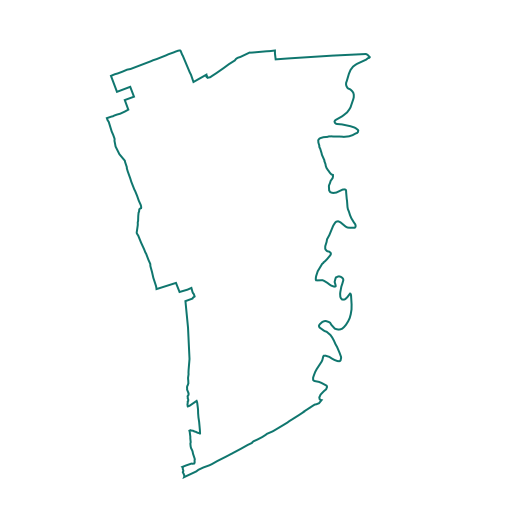 Lunca Banului, Vaslui, Romania, rotated 354°
{"feature_id": "2599482B76490763742626", "entity_name": "Lunca Banului", "entity_type": "district", "adm_level": 2, "iso_a3": "ROU", "parent_name": "Romania", "parent_adm1": "Vaslui", "projection": "albers", "projection_center": [28.188, 46.546], "detail": "fine", "context": "isolated", "style": "outline", "palette": "teal", "viewbox_px": 512, "rotation_deg": 354, "n_neighbors": 0, "source": "geoboundaries", "source_scale": "gbopen_adm2", "svg_char_len": 6077}
<svg xmlns="http://www.w3.org/2000/svg" viewBox="0 0 512 512"><g transform="rotate(354 256 256)"><path d="M306.1,406.2L305.2,405.9L304.7,405.5L304.3,404.9L304.2,403.1L304.6,402.6L305.6,400.8L306.3,400.1L309.4,397.5L311.8,395.9L312.9,393.8L312.9,393.0L312.6,392.3L307.9,389.1L305.5,387.8L301.0,386.4L300.4,385.9L299.9,385.3L300.0,383.7L300.1,382.9L301.4,380.1L302.8,377.4L304.5,374.9L310.3,367.8L311.1,366.4L312.4,362.9L313.0,362.3L314.7,362.4L318.4,364.0L320.7,365.9L323.2,367.6L326.0,369.0L327.5,369.3L328.3,369.3L328.8,369.0L329.2,368.6L330.0,366.2L330.0,365.1L329.0,361.1L327.1,354.9L325.9,352.2L324.6,348.2L323.3,345.1L321.8,342.4L318.3,338.7L316.9,338.1L315.7,337.3L312.0,334.0L311.7,333.7L311.4,332.9L311.3,332.1L311.6,331.4L312.6,330.3L315.1,328.5L316.9,328.0L318.2,327.9L319.0,328.1L321.4,329.2L322.7,330.1L323.8,332.4L326.8,336.5L328.4,337.2L330.3,337.8L332.1,337.8L334.1,337.3L336.2,335.8L338.3,333.8L340.8,330.6L342.7,327.5L344.1,323.9L345.4,319.2L346.0,314.3L346.4,305.3L346.3,304.1L345.9,303.3L345.6,303.2L342.5,306.5L340.3,308.2L339.4,308.5L338.5,308.5L337.1,308.3L336.1,307.0L335.8,306.2L335.6,305.3L335.7,302.5L336.1,300.6L337.7,295.3L338.9,292.7L340.3,289.2L340.3,288.2L340.1,287.6L339.5,286.7L338.2,285.6L336.4,284.9L335.4,285.0L333.2,285.7L332.5,287.2L331.5,290.0L332.1,293.3L332.1,294.3L331.9,294.5L331.2,294.7L330.2,294.5L327.7,293.3L326.2,292.1L324.2,290.2L321.2,287.9L319.6,287.0L314.7,286.7L313.2,286.4L313.1,286.1L313.0,285.4L313.3,283.7L313.7,282.3L315.8,277.6L321.0,270.7L322.2,270.0L322.5,269.4L324.0,268.5L326.3,266.6L329.8,263.2L330.5,262.3L330.7,261.4L330.5,260.6L329.2,259.3L327.6,258.8L326.9,258.3L325.9,256.9L325.6,256.0L325.9,253.5L327.7,249.3L328.4,246.8L331.1,242.9L335.8,234.2L336.8,232.8L338.4,230.9L339.3,230.3L340.4,230.1L341.4,230.1L342.5,230.7L343.6,231.4L348.2,236.1L349.7,237.1L350.5,237.4L352.9,237.8L357.1,238.2L357.6,237.9L358.0,237.3L358.2,236.7L358.2,235.7L357.9,234.6L356.9,232.9L354.8,228.5L353.8,225.3L353.0,221.4L352.3,219.1L352.1,216.9L352.3,210.4L352.2,208.8L352.3,202.4L352.4,200.6L352.3,199.8L351.6,199.2L350.9,199.0L349.1,199.0L342.5,201.3L339.4,201.4L337.5,200.8L336.4,200.1L335.6,198.4L335.8,194.2L336.0,193.4L337.2,191.2L338.1,189.1L340.3,186.6L340.6,185.8L340.9,184.8L341.0,183.4L339.6,182.8L338.7,181.7L337.9,180.5L337.3,179.3L336.4,177.9L335.3,175.7L335.1,174.9L334.8,173.6L334.7,171.9L333.9,168.7L334.0,168.0L332.1,162.1L332.0,160.8L331.0,155.7L330.5,154.7L330.4,153.8L330.5,152.9L329.9,149.7L330.0,147.4L330.5,146.7L331.5,145.8L332.8,145.4L335.5,144.9L339.5,145.0L340.8,144.7L343.7,144.9L344.4,145.1L346.5,145.4L351.4,145.9L354.0,146.3L355.7,146.7L361.0,146.7L364.7,145.9L367.8,144.6L369.4,144.2L370.3,143.4L370.8,141.9L370.5,141.2L368.5,139.3L367.3,138.5L363.5,136.8L355.2,134.1L350.4,133.2L349.5,132.9L348.5,131.9L348.2,130.9L348.2,130.3L349.0,129.3L350.2,128.7L356.0,126.2L357.9,125.1L361.6,122.7L364.0,120.1L365.5,118.1L369.1,110.3L369.8,108.4L370.0,106.8L370.1,105.7L369.8,103.8L369.0,102.3L367.7,100.7L366.8,99.9L365.4,99.2L364.7,98.6L364.0,97.2L363.6,96.0L363.5,94.5L363.8,93.0L364.6,91.4L366.7,86.3L367.5,84.4L369.5,80.8L372.3,77.8L375.0,76.2L376.7,75.4L386.1,72.2L387.9,71.0L389.4,70.7L389.9,70.1L387.9,67.5L386.4,66.6L352.8,64.7L309.0,62.9L296.1,62.5L296.0,56.7L296.3,53.6L291.6,53.7L287.6,53.5L274.0,53.3L271.9,53.2L270.9,53.0L261.3,56.4L258.8,56.9L257.4,57.5L256.5,58.1L255.4,59.3L249.1,62.4L243.5,65.7L235.7,70.0L230.8,72.5L229.2,73.4L226.5,73.7L226.1,72.2L225.5,72.5L225.2,71.8L225.6,71.5L225.6,70.5L212.0,76.4L210.3,69.0L209.3,66.4L204.7,51.1L204.1,49.1L203.6,48.1L202.5,44.2L202.1,43.7L201.7,43.6L200.0,43.7L197.4,44.3L195.5,44.9L190.0,46.2L187.4,47.1L183.8,48.1L177.7,49.8L173.9,50.6L173.4,50.8L171.5,51.4L150.8,56.9L147.3,57.2L142.5,58.7L137.5,60.0L134.5,60.5L130.6,61.7L134.9,78.2L148.6,74.6L151.3,84.8L141.8,87.2L144.3,97.1L140.5,98.7L135.8,100.3L132.6,100.8L129.7,101.5L128.3,102.1L127.0,102.2L122.1,103.3L122.6,105.4L123.5,107.1L123.7,107.9L125.5,117.1L126.6,120.5L127.5,124.2L127.6,124.9L127.3,126.7L127.8,132.5L130.8,140.5L135.5,147.5L135.6,148.7L136.8,154.1L136.7,155.3L137.3,158.5L139.1,165.9L139.7,169.0L141.9,177.0L142.6,178.8L144.0,183.6L145.2,188.7L146.7,193.2L146.9,194.5L146.9,195.8L146.7,196.4L145.7,196.7L145.0,197.2L144.8,197.5L144.3,199.8L143.8,200.5L143.1,203.8L142.4,208.8L141.9,210.2L141.7,212.7L139.8,220.2L139.8,220.8L140.2,221.8L141.0,223.4L143.1,230.7L145.4,237.5L146.4,241.1L146.9,242.0L148.6,248.5L150.0,252.8L150.0,253.4L149.9,254.6L150.0,255.6L150.9,261.0L151.6,266.9L153.4,275.3L153.6,277.3L153.6,278.5L173.6,274.4L176.2,283.8L184.4,282.3L188.4,281.0L189.1,285.2L189.5,286.4L190.0,287.0L190.5,288.7L190.7,289.9L189.0,290.8L188.4,291.7L181.1,293.5L180.9,320.2L179.1,351.5L177.0,362.6L176.6,365.3L176.6,366.4L175.7,370.0L175.6,371.3L175.6,372.8L175.4,375.7L175.1,376.2L174.7,377.2L174.1,378.1L173.7,379.2L173.7,380.2L173.5,381.7L174.3,384.4L174.3,385.0L174.6,385.4L174.4,387.0L173.3,388.3L173.4,389.4L173.2,390.3L173.5,391.1L173.6,391.9L173.4,393.1L172.9,393.5L172.8,394.1L172.8,394.6L172.3,396.7L172.4,397.5L172.3,398.0L172.5,398.5L174.3,398.0L181.8,393.9L182.0,394.5L182.2,396.3L182.3,402.2L182.2,403.9L182.0,406.2L181.9,410.5L182.1,415.0L182.0,423.1L181.8,426.6L181.7,426.7L181.3,426.4L179.3,425.6L177.8,424.6L176.7,424.2L175.9,423.8L175.7,423.5L174.8,423.1L173.9,423.0L172.6,422.4L171.5,422.8L171.7,424.0L171.8,429.0L171.6,430.4L171.6,434.3L171.1,435.8L171.1,438.6L171.3,440.2L172.2,442.6L172.5,443.8L172.7,446.1L173.8,451.1L173.9,451.8L173.6,452.5L173.4,454.9L172.9,455.9L171.2,456.0L170.1,455.7L164.5,457.0L160.6,458.1L161.1,458.8L160.9,460.1L161.3,461.9L161.2,462.4L160.6,463.3L160.9,464.2L161.3,465.0L161.4,465.8L161.7,466.4L161.6,468.0L161.4,468.4L174.1,464.0L176.4,462.6L181.6,460.8L187.7,459.3L190.3,458.4L196.0,455.9L205.0,452.5L220.7,446.2L228.1,443.0L232.1,441.6L232.5,441.4L233.1,440.7L234.2,440.0L238.2,438.7L243.3,436.7L246.9,434.9L248.3,434.0L254.1,432.2L255.5,431.6L269.9,424.9L271.7,423.8L281.7,418.9L287.5,415.9L287.4,415.7L297.2,410.7L298.9,409.9L300.4,409.8L303.3,409.0L306.1,406.2Z" fill="none" stroke="#0f766e" stroke-width="2"/></g></svg>